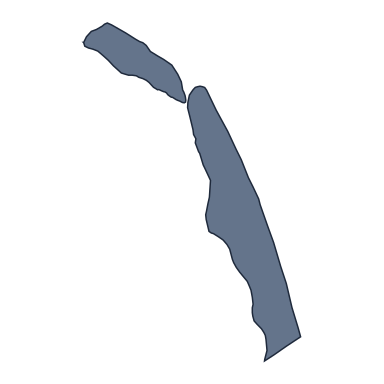 Matagi, Tuvalu
{"feature_id": "33948139B5264150563840", "entity_name": "Matagi", "entity_type": "district", "adm_level": 2, "iso_a3": "TUV", "parent_name": "Tuvalu", "parent_adm1": "", "projection": "equal_earth", "projection_center": [176.119, -5.669], "detail": "fine", "context": "isolated", "style": "filled", "palette": "slate", "viewbox_px": 384, "rotation_deg": 0, "n_neighbors": 0, "source": "geoboundaries", "source_scale": "gbopen_adm2", "svg_char_len": 1687}
<svg xmlns="http://www.w3.org/2000/svg" viewBox="0 0 384 384"><path d="M264.7,359.5L264.5,361.0L274.2,354.7L286.5,346.1L300.6,336.8L298.2,328.1L292.0,307.7L286.3,283.5L280.7,266.5L273.6,242.5L267.4,225.4L260.1,204.6L258.7,199.0L253.0,186.9L248.4,177.7L241.3,159.8L236.0,149.1L227.8,131.5L216.2,110.2L206.6,90.2L204.7,87.5L202.5,86.7L200.0,86.2L197.6,86.7L195.3,87.4L193.2,89.6L190.9,92.9L189.4,95.1L188.7,98.4L187.9,102.4L187.6,107.7L189.9,116.8L193.0,129.7L193.6,134.6L195.9,138.8L195.3,142.9L198.6,151.7L199.7,153.3L203.2,164.9L205.0,168.6L210.5,180.4L209.4,197.2L207.9,203.9L206.5,211.2L205.7,214.8L206.2,219.5L209.0,231.4L211.3,233.0L213.4,233.6L218.2,236.6L223.1,240.0L227.0,244.5L229.7,249.1L232.4,259.4L233.7,262.7L236.3,267.4L239.8,272.3L247.3,281.4L249.3,286.0L251.0,290.2L252.3,297.2L253.1,304.3L252.3,307.7L252.3,312.7L252.8,316.1L254.1,320.9L257.2,324.4L261.5,328.8L263.9,332.5L265.3,335.4L266.0,339.5L267.0,350.5L264.7,359.5ZM83.7,42.4L83.4,42.4L83.7,42.7L84.8,46.2L88.5,48.0L93.0,49.2L97.8,51.1L103.1,55.6L108.2,60.2L113.5,65.9L121.3,73.0L125.5,74.3L128.6,75.2L132.2,75.2L136.4,75.8L138.8,77.3L142.9,78.6L146.3,80.3L149.0,82.4L153.5,87.3L154.0,87.6L155.7,88.6L157.6,89.8L158.2,89.6L159.2,89.7L161.5,90.8L163.7,91.7L165.1,92.0L166.6,93.0L167.7,94.6L169.2,95.8L171.1,97.1L172.7,97.4L175.9,99.5L177.6,100.3L179.8,101.1L182.4,102.5L184.3,102.8L185.5,102.1L185.8,100.2L185.5,97.9L185.1,95.7L183.8,92.1L182.7,90.1L181.3,81.8L177.7,74.2L171.8,65.1L163.6,59.4L157.7,56.0L150.4,51.5L146.2,45.4L142.8,42.7L139.7,41.6L135.7,39.3L125.6,32.9L111.6,24.9L107.3,23.0L104.5,24.2L102.3,26.1L96.4,29.5L91.3,31.4L86.5,36.7L83.7,42.4Z" fill="#64748b" stroke="#1e293b" stroke-width="1.5"/></svg>